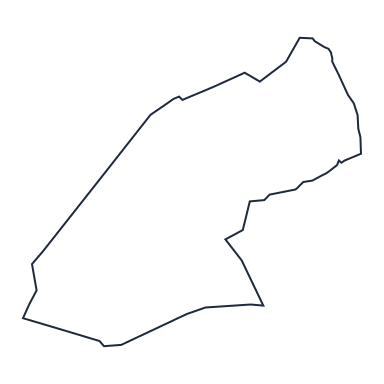 outline of Baw, Blue Nile, Sudan
{"feature_id": "16777658B5498813311295", "entity_name": "Baw", "entity_type": "district", "adm_level": 2, "iso_a3": "SDN", "parent_name": "Sudan", "parent_adm1": "Blue Nile", "projection": "mercator", "projection_center": [33.983, 11.162], "detail": "fine", "context": "isolated", "style": "outline", "palette": "slate", "viewbox_px": 384, "rotation_deg": 0, "n_neighbors": 0, "source": "geoboundaries", "source_scale": "gbopen_adm2", "svg_char_len": 867}
<svg xmlns="http://www.w3.org/2000/svg" viewBox="0 0 384 384"><path d="M361.0,153.7L360.4,137.2L358.3,128.7L357.6,115.1L353.8,103.3L348.0,95.0L338.5,74.3L332.2,61.5L332.3,58.0L331.4,54.8L331.0,52.5L328.5,48.8L324.4,47.1L314.7,41.2L312.6,38.4L299.7,37.8L296.5,43.4L286.1,61.7L259.8,81.6L244.7,72.7L213.6,86.8L182.4,99.9L179.1,96.6L173.5,98.9L167.7,103.0L150.5,114.8L100.8,178.0L42.7,251.6L35.2,260.3L32.0,264.1L36.6,290.4L29.4,304.0L23.0,318.2L62.8,330.0L91.1,338.5L99.5,341.0L104.0,346.2L111.7,345.6L121.2,344.9L186.8,314.0L205.4,307.5L250.7,304.5L263.3,305.6L241.7,260.4L225.4,239.4L242.8,230.0L249.8,201.4L264.3,200.1L269.6,194.6L293.9,189.8L295.4,189.5L297.2,188.1L300.0,185.2L303.3,182.0L312.3,180.6L323.3,174.7L324.6,174.2L326.4,173.2L329.4,171.1L337.1,165.0L338.9,160.5L341.4,162.7L344.7,160.5L361.0,153.7Z" fill="none" stroke="#1e293b" stroke-width="2"/></svg>